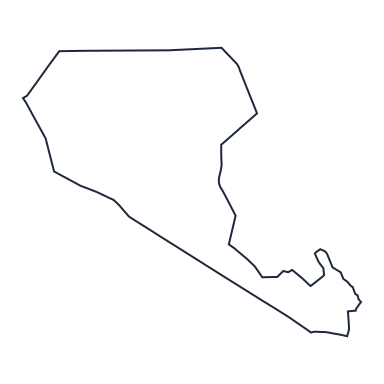 Reifi Khashm Elgirba, Kassala, Sudan
{"feature_id": "16777658B57943425693206", "entity_name": "Reifi Khashm Elgirba", "entity_type": "district", "adm_level": 2, "iso_a3": "SDN", "parent_name": "Sudan", "parent_adm1": "Kassala", "projection": "albers", "projection_center": [35.198, 15.581], "detail": "fine", "context": "isolated", "style": "outline", "palette": "slate", "viewbox_px": 384, "rotation_deg": 0, "n_neighbors": 0, "source": "geoboundaries", "source_scale": "gbopen_adm2", "svg_char_len": 2855}
<svg xmlns="http://www.w3.org/2000/svg" viewBox="0 0 384 384"><path d="M59.2,51.2L59.1,51.3L59.0,51.5L58.9,51.7L58.6,52.1L58.5,52.3L58.3,52.4L58.2,52.6L58.0,52.9L57.9,53.0L57.7,53.3L57.5,53.6L57.1,54.2L57.0,54.3L56.8,54.6L56.7,54.7L56.5,55.0L56.3,55.2L56.3,55.3L56.1,55.4L56.1,55.5L55.8,55.9L55.7,56.1L55.3,56.6L54.8,57.2L54.6,57.5L54.4,57.8L54.2,58.0L53.4,59.2L53.3,59.3L52.4,60.6L51.2,62.1L50.8,62.8L50.3,63.4L49.7,64.1L49.5,64.5L48.4,66.0L47.6,67.0L46.0,69.3L44.8,71.0L43.2,73.3L41.5,75.6L35.5,84.1L34.4,85.5L29.1,92.9L27.1,95.7L23.5,97.8L23.0,98.1L26.4,103.2L26.8,104.1L27.1,104.6L28.9,107.9L31.1,111.9L31.7,113.1L40.5,129.1L45.7,138.6L48.8,150.9L54.1,171.5L63.9,176.8L79.7,185.3L80.4,185.7L96.7,192.0L96.9,192.1L113.7,200.0L118.7,204.7L128.9,216.5L129.3,216.8L129.5,216.9L129.6,217.0L130.5,217.6L132.9,219.1L134.9,220.4L135.1,220.5L135.5,220.8L142.2,225.0L145.6,227.1L160.0,236.3L182.9,250.7L223.8,276.5L249.4,292.5L263.2,301.2L263.8,301.5L278.2,310.4L279.4,311.2L281.3,312.4L285.8,315.2L288.8,317.1L294.9,321.3L298.2,323.6L302.7,326.7L307.2,329.8L310.6,332.2L311.0,332.5L314.4,331.7L318.1,331.8L319.0,331.9L322.7,332.0L326.1,332.1L328.0,332.5L329.2,332.7L329.3,332.7L333.4,333.5L336.5,334.0L338.2,334.3L340.3,334.7L341.7,335.0L344.2,335.5L344.8,335.7L346.2,336.0L346.5,336.0L346.9,336.1L347.2,336.2L347.5,334.9L348.4,331.6L348.9,330.0L349.0,327.7L348.8,324.3L348.7,322.2L347.9,311.4L355.8,310.6L355.8,309.3L357.9,306.3L359.0,304.7L359.6,303.9L359.8,303.7L360.1,303.2L360.3,303.0L360.7,302.4L360.9,302.1L361.0,302.0L358.6,299.2L357.5,295.2L356.7,294.8L355.4,294.0L355.3,293.8L355.0,293.2L354.3,291.3L354.1,290.9L353.9,290.3L352.6,286.9L351.3,286.3L350.9,285.9L348.9,283.6L348.4,283.0L347.4,281.8L346.6,281.2L343.3,278.8L343.0,278.0L341.9,275.4L340.8,272.4L338.5,271.0L337.0,270.1L336.8,270.0L334.7,268.7L332.6,267.4L332.2,266.6L331.3,264.2L329.4,259.6L327.3,254.4L326.9,253.6L326.0,252.4L325.1,251.4L320.3,249.2L316.2,252.1L315.2,253.0L314.9,253.3L315.5,255.0L318.4,261.5L319.6,263.3L323.3,268.1L323.6,270.7L324.1,275.1L322.3,276.8L310.7,286.0L310.5,285.9L310.0,285.5L309.8,285.3L309.7,285.3L308.4,284.1L307.5,283.2L305.0,280.9L303.9,279.8L303.3,279.2L301.7,277.8L292.1,269.9L288.2,272.2L283.3,271.0L277.2,277.0L274.5,277.0L269.3,277.1L267.9,277.1L262.3,277.3L254.8,266.4L247.5,259.4L234.1,248.1L228.8,244.4L229.2,242.8L229.6,241.1L235.6,215.7L231.7,208.1L229.2,203.2L223.2,191.8L220.2,186.8L219.1,183.7L218.8,180.8L219.1,177.5L220.6,171.2L220.8,170.2L221.3,167.1L221.6,165.1L221.5,162.4L221.3,157.4L221.2,151.4L221.2,144.7L222.4,143.7L235.6,132.2L241.3,127.1L250.2,119.4L251.6,118.1L257.0,113.4L256.4,111.8L255.5,109.5L253.0,103.2L250.1,96.1L248.4,91.7L246.7,87.6L240.1,70.9L238.7,67.0L237.6,65.1L237.2,64.3L237.1,64.1L233.8,60.7L233.0,59.8L228.3,54.9L221.5,47.8L168.9,50.3L83.8,50.8L59.2,51.2Z" fill="none" stroke="#1e293b" stroke-width="2"/></svg>